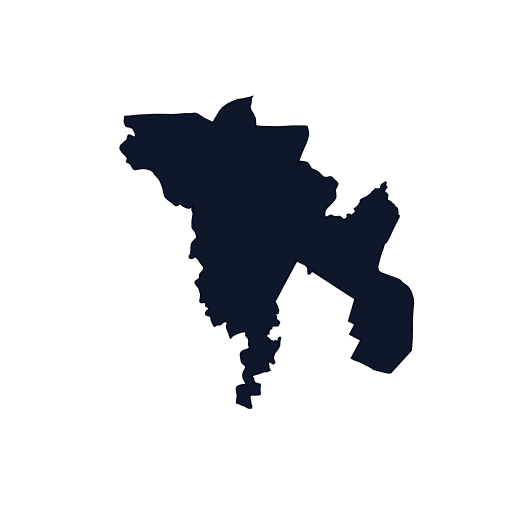 the district of Pur Rieng, Prey Vêng, Cambodia, rotated 28°
{"feature_id": "14789045B26766216675918", "entity_name": "Pur Rieng", "entity_type": "district", "adm_level": 2, "iso_a3": "KHM", "parent_name": "Cambodia", "parent_adm1": "Prey Vêng", "projection": "mercator", "projection_center": [105.263, 11.512], "detail": "fine", "context": "isolated", "style": "filled", "palette": "ink", "viewbox_px": 512, "rotation_deg": 28, "n_neighbors": 0, "source": "geoboundaries", "source_scale": "gbopen_adm2", "svg_char_len": 6127}
<svg xmlns="http://www.w3.org/2000/svg" viewBox="0 0 512 512"><g transform="rotate(28 256 256)"><path d="M300.6,380.7L301.0,382.3L302.4,384.6L304.8,387.3L307.8,394.8L310.6,394.2L313.5,394.2L316.0,393.6L320.5,393.8L323.0,392.7L322.7,390.7L320.5,388.5L318.9,386.3L316.9,383.8L316.1,381.5L323.0,377.6L324.4,376.3L324.0,374.9L321.9,372.0L320.9,369.1L319.8,367.4L316.7,368.2L314.5,368.4L313.1,367.7L311.1,365.2L308.6,364.2L309.3,362.6L313.0,359.1L317.1,354.6L320.3,352.4L322.0,350.4L319.6,348.5L318.6,346.7L317.5,345.9L317.2,344.4L317.4,343.4L318.1,342.7L318.9,342.7L320.3,343.0L322.0,343.0L322.3,342.3L322.5,341.2L320.1,339.2L318.8,337.3L318.3,335.4L318.0,332.6L318.9,327.5L318.9,325.5L318.6,323.5L317.4,321.0L316.9,319.8L316.2,317.2L315.8,316.5L315.1,316.8L314.5,318.0L315.0,319.0L315.5,320.4L315.1,321.5L314.2,321.7L313.6,321.5L312.6,321.8L312.3,324.2L310.8,323.4L309.9,323.2L309.0,323.8L308.9,325.0L308.6,325.8L307.8,325.9L307.2,325.1L307.5,324.3L307.6,323.5L307.0,323.1L306.0,322.8L304.6,322.7L302.9,322.3L302.4,321.2L302.7,319.2L303.8,318.6L303.3,317.5L302.6,316.7L302.8,315.7L302.6,313.8L303.4,313.3L303.8,312.6L303.2,311.1L303.6,310.0L304.9,308.8L305.7,308.7L306.6,308.0L307.3,307.9L307.9,307.3L308.3,306.3L307.7,305.1L308.2,304.4L307.7,303.3L306.0,302.8L303.5,302.3L302.9,301.5L302.3,300.0L301.8,299.2L300.8,299.3L300.2,298.8L299.6,298.0L299.3,297.1L300.3,297.0L301.6,297.1L302.3,296.3L301.9,295.3L301.1,294.9L301.7,293.9L298.9,290.9L297.1,289.5L294.0,287.5L294.1,278.7L294.0,269.7L294.2,241.1L303.2,240.7L304.8,241.0L307.4,242.1L309.9,246.5L310.9,247.3L312.0,246.0L312.1,243.9L313.2,243.1L314.2,243.0L359.4,247.0L363.6,247.2L368.3,269.8L375.6,269.7L375.5,281.0L388.2,281.0L388.2,301.4L391.5,301.4L397.8,300.5L404.9,300.5L407.4,300.3L411.8,300.5L412.5,300.9L423.5,298.3L427.7,297.1L429.7,295.9L437.3,266.5L432.4,255.3L427.8,246.3L424.0,239.3L419.9,230.4L417.4,224.3L414.5,219.6L409.4,214.6L404.7,212.0L400.7,211.3L397.6,210.9L394.5,209.8L391.4,209.9L385.9,210.6L380.6,211.4L375.0,212.2L371.5,212.0L369.2,209.8L368.0,207.4L365.5,196.7L364.3,188.4L363.5,185.1L364.6,182.6L364.7,176.3L364.2,168.4L363.9,154.2L363.2,153.1L361.9,153.3L361.0,152.0L360.6,150.5L359.4,149.0L358.3,147.7L356.3,147.2L355.1,147.1L353.8,146.1L350.7,145.5L349.3,144.9L347.6,145.0L346.0,145.0L345.3,144.7L344.3,142.4L343.9,140.6L342.4,139.6L340.0,139.1L339.0,138.5L338.5,137.9L338.9,135.7L339.2,133.8L337.6,133.2L336.8,132.4L336.6,130.4L335.8,129.8L334.6,131.7L333.3,134.3L333.9,136.2L334.2,138.1L333.1,139.2L331.4,140.1L329.8,140.7L329.7,142.2L329.1,143.8L328.5,144.7L328.2,147.3L326.1,151.6L323.1,155.7L322.3,156.9L322.1,158.2L323.1,159.2L322.7,161.6L322.6,163.6L321.9,166.1L320.7,168.1L322.2,169.1L323.5,170.1L322.7,172.2L321.7,174.6L320.7,175.7L319.3,175.2L317.7,176.1L317.2,177.0L317.9,177.9L318.5,179.1L317.9,181.0L316.7,182.4L315.1,182.8L313.0,182.0L311.3,181.8L308.3,183.9L306.5,184.6L303.9,184.7L302.7,185.0L300.5,188.3L298.5,189.1L297.3,187.7L295.7,184.1L295.8,180.8L297.9,173.6L298.8,169.7L298.9,167.3L298.1,165.1L297.0,164.1L296.5,162.6L295.4,161.6L294.7,160.0L294.8,156.7L294.3,153.8L292.5,152.8L288.8,151.9L286.3,150.9L284.2,151.3L281.9,153.4L279.5,154.6L278.0,154.7L274.6,153.6L271.8,152.8L269.0,152.6L266.1,152.9L263.8,153.0L260.9,151.1L257.7,149.5L254.6,150.2L251.3,151.5L249.0,152.6L248.0,145.2L247.0,132.0L246.2,127.4L245.2,124.0L243.8,121.6L240.2,117.7L237.7,118.7L226.6,124.6L218.8,129.4L212.2,133.1L207.7,135.3L202.1,138.2L196.6,140.7L194.2,141.0L192.9,138.4L190.7,134.9L186.7,131.9L182.9,129.7L180.2,126.6L179.9,123.9L177.6,118.5L177.8,117.2L175.9,119.1L171.4,123.0L166.6,126.5L162.8,130.8L159.8,135.0L156.9,140.8L156.0,145.6L155.5,155.0L155.5,158.5L145.2,158.9L137.7,158.2L135.2,158.7L130.9,161.6L126.4,163.9L119.8,168.2L114.4,171.3L108.8,174.1L100.1,178.7L89.4,185.0L83.9,188.4L79.2,191.7L74.7,194.4L76.8,199.5L80.0,202.2L82.1,202.1L84.8,201.0L87.4,201.2L90.0,202.9L92.4,204.8L93.5,206.6L93.3,208.1L92.3,208.4L87.9,208.5L86.6,209.3L86.9,211.3L87.5,213.3L87.6,214.3L86.7,216.3L85.8,219.2L84.7,221.9L84.8,222.9L85.5,224.9L88.1,226.5L89.9,227.4L92.8,228.2L94.9,228.9L96.9,230.1L97.4,233.4L99.0,233.7L100.5,233.4L102.5,233.8L103.9,234.7L105.1,235.7L107.1,236.6L108.9,236.3L111.7,234.0L112.6,233.4L114.3,232.1L117.8,230.5L122.8,229.4L125.6,229.8L128.2,231.3L131.5,232.4L134.7,233.7L136.6,235.0L139.9,237.8L142.2,240.0L145.5,244.0L147.6,246.1L149.4,246.9L151.4,247.4L158.0,248.4L158.7,248.7L160.1,249.1L161.7,249.0L162.9,248.0L164.1,245.7L165.3,245.6L166.8,245.9L169.0,246.1L171.3,246.0L174.4,245.2L176.4,242.5L177.3,241.8L178.0,242.2L177.4,244.2L177.6,245.0L178.4,245.8L179.8,246.8L180.8,248.3L182.6,253.3L183.4,255.5L186.3,260.8L187.2,261.5L189.9,262.5L191.6,263.7L193.9,265.7L195.3,268.1L194.2,270.7L193.5,274.1L193.5,275.5L194.6,278.8L195.8,280.9L196.9,283.5L197.5,285.6L197.1,287.2L197.6,288.2L198.5,288.8L199.4,288.7L200.8,287.9L202.4,285.4L203.1,285.0L204.7,285.3L206.5,286.0L209.5,287.6L213.2,289.4L214.6,290.1L215.6,290.9L216.3,292.4L216.0,294.4L215.1,297.6L215.1,298.8L216.3,301.4L216.4,302.4L216.2,303.5L214.8,305.9L214.4,306.9L214.9,308.2L216.6,309.4L220.3,310.9L221.6,312.0L225.0,315.5L225.6,316.5L226.4,318.3L227.6,322.0L228.4,322.8L229.2,322.9L230.5,322.3L231.8,321.3L232.6,320.9L233.8,321.1L235.1,323.6L236.0,323.8L238.6,323.8L239.1,324.5L239.2,325.3L238.4,327.7L238.2,329.0L238.6,330.5L239.3,331.3L240.1,331.4L243.2,330.6L244.9,331.0L245.4,331.9L246.5,333.4L247.7,334.5L248.8,335.4L251.4,337.2L252.4,337.5L252.8,336.6L253.7,335.3L256.6,333.4L257.4,332.1L257.7,330.2L259.1,328.6L260.3,327.9L261.6,328.0L262.4,328.9L262.7,330.0L262.8,331.6L264.1,333.4L267.3,336.0L271.1,339.7L272.0,340.3L272.4,338.9L272.8,337.3L275.4,333.7L276.6,332.2L279.1,329.7L280.3,328.8L281.2,328.2L282.1,327.9L283.2,328.4L284.4,330.9L286.5,331.9L287.6,332.1L288.2,332.5L289.2,333.7L289.9,334.8L290.9,337.2L291.9,338.6L293.5,340.1L293.3,341.1L291.7,343.0L289.4,345.3L288.1,348.0L288.2,349.6L289.3,351.5L292.1,355.3L293.4,356.5L295.5,357.3L297.7,357.7L299.2,358.6L299.6,359.7L299.5,364.8L300.3,367.2L301.4,369.1L302.8,370.4L307.0,373.0L307.2,374.2L303.7,376.7L301.6,378.9L300.6,380.7Z" fill="#0f172a" stroke="#020617" stroke-width="1.5"/></g></svg>